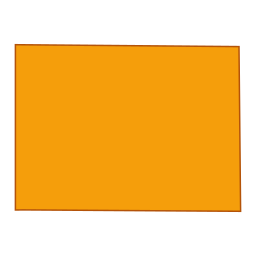 outline of Hooker, Nebraska, United States of America
{"feature_id": "52423323B60730301974772", "entity_name": "Hooker", "entity_type": "district", "adm_level": 2, "iso_a3": "USA", "parent_name": "United States of America", "parent_adm1": "Nebraska", "projection": "robinson", "projection_center": [-101.132, 41.916], "detail": "fine", "context": "isolated", "style": "filled", "palette": "amber", "viewbox_px": 256, "rotation_deg": 0, "n_neighbors": 0, "source": "geoboundaries", "source_scale": "gbopen_adm2", "svg_char_len": 199}
<svg xmlns="http://www.w3.org/2000/svg" viewBox="0 0 256 256"><path d="M240.6,211.3L239.0,46.6L15.4,44.7L15.4,210.0L22.9,209.9L240.6,211.3Z" fill="#f59e0b" stroke="#b45309" stroke-width="1.5"/></svg>